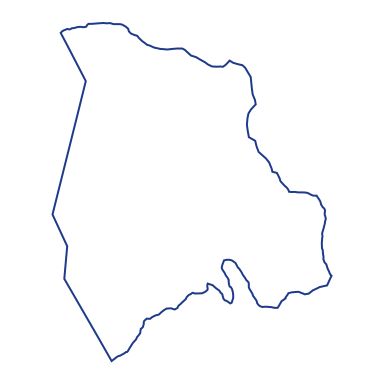 Phuntsthothang, Samdrup Jongkhar, Bhutan (orthographic projection), rotated 90°
{"feature_id": "84629894B82317088432699", "entity_name": "Phuntsthothang", "entity_type": "district", "adm_level": 2, "iso_a3": "BTN", "parent_name": "Bhutan", "parent_adm1": "Samdrup Jongkhar", "projection": "orthographic", "projection_center": [91.692, 26.867], "detail": "fine", "context": "isolated", "style": "outline", "palette": "blue", "viewbox_px": 384, "rotation_deg": 90, "n_neighbors": 0, "source": "geoboundaries", "source_scale": "gbopen_adm2", "svg_char_len": 3914}
<svg xmlns="http://www.w3.org/2000/svg" viewBox="0 0 384 384"><g transform="rotate(90 192 192)"><path d="M32.9,323.3L45.2,316.8L81.1,298.2L119.8,307.8L214.5,331.5L246.2,316.8L278.8,319.7L336.8,286.2L361.0,272.4L359.9,270.9L358.7,269.3L358.1,268.6L356.8,266.9L356.2,265.8L355.5,263.5L354.6,262.1L354.0,260.8L353.3,259.7L352.1,258.1L352.0,257.0L351.1,256.1L349.3,255.1L347.3,253.9L345.1,252.5L342.9,251.1L340.8,249.2L339.2,247.8L337.4,247.1L334.4,244.7L333.2,243.8L330.4,243.5L328.8,243.1L327.7,241.7L327.0,241.1L323.9,240.2L322.7,240.3L320.9,239.8L318.6,237.2L318.8,235.0L318.8,233.9L317.3,232.1L316.4,230.5L315.4,228.4L314.6,225.2L314.0,224.5L312.4,222.9L310.2,220.1L308.6,217.5L308.3,213.0L309.5,209.3L308.0,206.6L306.8,206.1L305.5,205.3L304.5,204.0L303.3,202.7L302.5,202.0L301.6,200.9L300.6,199.9L299.6,198.7L299.0,198.2L298.0,197.7L297.1,197.3L296.5,196.7L295.5,195.8L294.9,195.1L294.6,194.4L294.2,193.5L293.6,192.5L293.1,192.0L292.8,191.1L293.1,190.0L293.5,189.3L293.5,188.2L293.4,184.9L293.3,183.4L293.3,182.4L293.1,181.5L292.3,179.8L291.7,178.6L290.5,177.2L289.8,176.5L288.9,176.3L287.7,176.5L286.1,176.7L285.2,176.7L283.6,176.3L285.2,171.4L288.3,167.9L290.6,164.7L292.7,163.4L294.2,161.7L296.1,161.3L298.7,160.5L300.3,159.3L300.7,157.8L302.0,155.7L303.4,153.7L302.8,152.4L301.4,151.9L297.9,150.8L294.7,150.8L292.1,151.2L289.3,151.9L287.3,153.0L286.5,154.4L283.7,155.1L281.1,155.4L280.2,155.2L278.3,156.1L275.4,158.2L272.8,159.4L271.6,160.3L269.4,161.7L267.6,162.3L264.7,161.6L262.4,160.7L260.4,160.0L259.8,157.6L259.8,154.6L260.2,152.8L260.7,151.7L261.9,150.0L263.0,148.5L265.0,147.4L267.4,146.2L268.6,144.9L272.0,142.6L274.9,141.1L278.1,138.8L279.8,137.9L281.3,136.4L282.7,135.3L284.6,135.2L287.1,135.2L288.6,134.7L290.7,133.4L294.1,131.4L295.6,131.1L297.4,129.8L298.6,128.9L300.7,127.5L301.8,127.1L302.8,127.0L304.4,126.0L306.0,124.3L306.5,123.1L307.0,121.5L306.8,119.7L306.7,118.4L307.1,112.9L307.5,111.1L307.9,108.9L307.8,106.4L306.4,105.4L303.9,104.0L302.4,103.1L301.2,102.5L299.3,99.7L298.3,98.4L297.5,98.5L296.8,98.0L295.5,97.0L294.3,96.2L293.2,95.6L292.4,92.6L292.0,88.5L291.9,86.8L291.9,85.2L292.2,84.4L293.0,82.5L293.6,80.8L294.3,79.3L294.1,77.9L293.9,76.9L293.6,75.3L290.2,70.9L288.9,68.0L287.1,64.4L286.2,60.6L285.4,56.9L275.7,52.5L275.1,53.3L274.2,53.7L273.5,54.2L271.4,55.0L269.4,56.0L267.6,56.7L264.3,57.7L262.3,59.5L260.8,60.0L259.4,60.6L256.1,60.5L255.3,60.8L250.0,61.3L248.2,62.0L243.2,62.2L239.1,61.9L235.9,61.5L234.7,61.8L233.1,61.8L227.3,60.1L223.1,59.1L221.9,59.0L218.8,58.2L216.0,58.8L215.3,59.1L213.7,59.4L211.2,59.0L209.9,59.1L208.6,59.7L207.1,61.3L204.5,62.9L201.7,63.6L199.3,64.9L197.2,66.5L195.7,67.3L195.7,68.7L195.6,70.9L195.2,72.0L194.5,73.4L193.6,75.0L192.8,77.0L192.5,79.2L192.4,81.7L192.4,83.8L192.4,85.9L192.1,87.8L191.9,89.3L192.0,92.4L191.9,94.0L191.8,94.9L190.8,95.2L188.3,96.6L185.3,99.8L181.3,103.5L178.1,104.5L174.9,106.1L172.9,107.1L171.8,111.6L168.5,112.4L162.4,114.9L158.5,118.0L151.9,125.4L146.2,127.5L140.8,128.8L137.2,135.1L131.2,136.2L124.9,137.1L118.1,136.5L113.4,135.5L109.3,132.9L106.2,130.0L104.4,128.3L100.1,129.0L94.5,131.3L88.9,132.1L77.0,133.3L71.2,136.8L67.8,138.8L65.2,141.6L64.1,146.4L62.8,150.8L60.6,154.4L62.1,155.7L64.9,158.4L66.8,161.1L66.5,163.2L66.7,166.6L66.5,171.9L64.4,176.2L62.4,178.8L59.5,184.0L57.1,188.0L55.6,192.9L51.8,197.1L49.9,199.1L48.5,201.8L48.5,206.6L48.9,211.3L49.5,216.8L49.2,219.9L48.9,223.8L47.5,230.1L45.7,233.9L44.8,236.9L43.0,239.2L41.1,241.8L38.5,244.6L35.7,246.9L35.1,249.3L33.7,252.8L31.4,255.1L28.7,255.9L26.7,258.2L24.7,261.6L24.1,264.1L24.1,267.8L24.1,270.5L23.1,273.9L23.3,277.4L23.0,280.5L23.3,285.3L23.6,289.0L23.9,293.0L23.9,295.6L25.1,296.9L26.7,297.8L27.1,299.4L27.2,301.4L26.9,302.7L26.8,304.0L27.2,307.0L28.1,310.0L28.2,312.0L28.8,313.0L29.4,314.2L29.3,315.2L28.9,316.5L29.2,317.3L29.6,318.3L30.1,319.5L30.4,320.4L31.6,322.2L32.3,322.7L32.9,323.3Z" fill="none" stroke="#1e3a8a" stroke-width="2"/></g></svg>